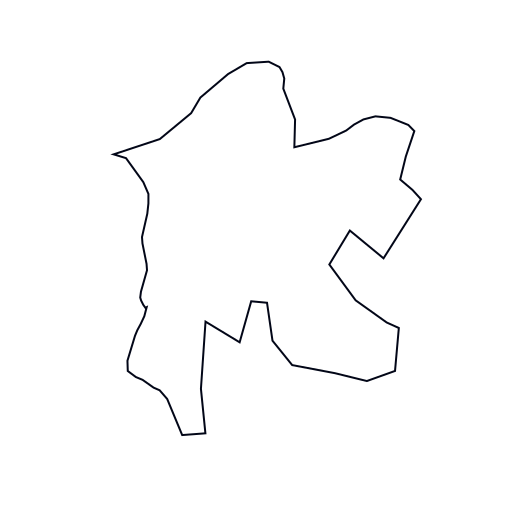 SVG path tracing the border of Livanu, rotated 14°
{"feature_id": "LVA-5750", "entity_name": "Livanu", "entity_type": "Municipality", "adm_level": 1, "iso_a3": "LVA", "parent_name": "Latvia", "parent_adm1": "", "projection": "orthographic", "projection_center": [26.324, 56.351], "detail": "fine", "context": "isolated", "style": "outline", "palette": "ink", "viewbox_px": 512, "rotation_deg": 14, "n_neighbors": 0, "source": "natural_earth", "source_scale": "10m", "svg_char_len": 992}
<svg xmlns="http://www.w3.org/2000/svg" viewBox="0 0 512 512"><g transform="rotate(14 256 256)"><path d="M249.8,440.3L227.7,447.6L204.4,416.2L195.0,409.6L188.5,408.5L175.9,403.6L168.7,402.5L159.4,398.6L156.6,388.7L157.9,362.7L158.8,356.7L160.6,349.7L162.2,341.5L162.3,332.1L161.2,333.0L158.4,330.6L155.3,327.0L153.7,324.3L153.0,318.4L153.7,296.2L151.7,290.1L142.8,271.3L140.8,265.2L140.3,241.3L138.9,231.1L136.6,221.8L128.8,211.6L106.2,192.5L93.3,191.8L134.4,165.8L158.5,133.1L163.7,115.7L184.9,86.2L200.3,71.1L221.3,64.4L233.1,67.0L237.2,71.2L240.5,77.0L242.0,87.0L260.9,114.1L266.9,141.2L298.4,124.6L313.2,112.4L319.4,104.7L327.2,97.5L338.1,91.6L353.1,89.4L372.1,92.0L379.4,96.5L377.3,123.2L377.4,146.9L391.8,154.0L402.3,161.0L380.3,227.4L340.9,208.6L329.2,246.5L363.4,274.9L398.9,288.9L412.0,291.3L418.7,333.9L393.8,350.5L360.9,350.6L317.5,353.1L292.5,334.2L278.0,298.7L262.3,301.1L261.0,343.7L222.9,331.9L234.7,398.2L249.8,440.3Z" fill="none" stroke="#020617" stroke-width="2"/></g></svg>